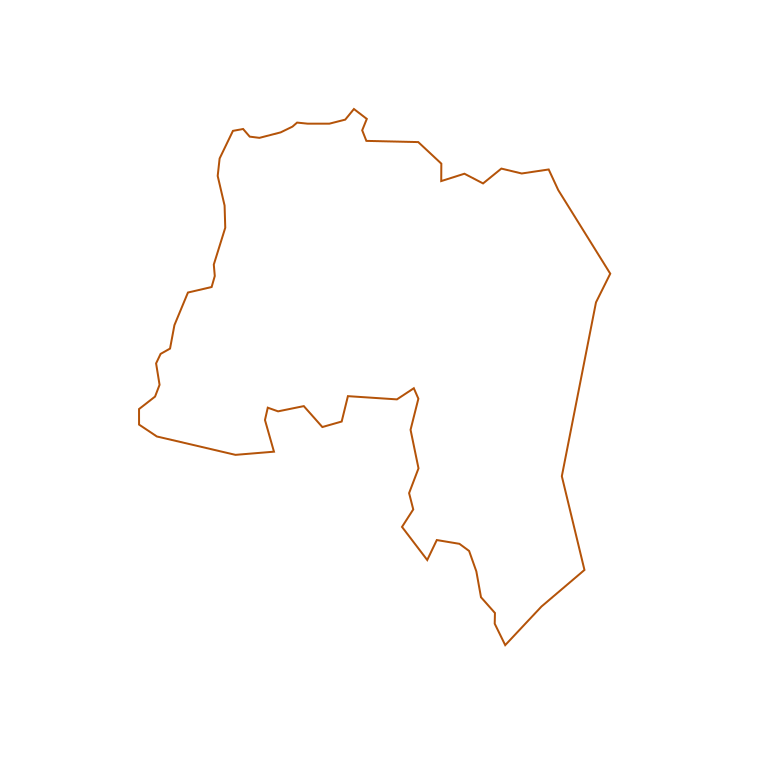 Pakhtachi, Samarkand, Uzbekistan, rotated 255°
{"feature_id": "79887680B26985573212547", "entity_name": "Pakhtachi", "entity_type": "district", "adm_level": 2, "iso_a3": "UZB", "parent_name": "Uzbekistan", "parent_adm1": "Samarkand", "projection": "mercator", "projection_center": [65.552, 39.873], "detail": "fine", "context": "isolated", "style": "outline", "palette": "amber", "viewbox_px": 768, "rotation_deg": 255, "n_neighbors": 0, "source": "geoboundaries", "source_scale": "gbopen_adm2", "svg_char_len": 1030}
<svg xmlns="http://www.w3.org/2000/svg" viewBox="0 0 768 768"><g transform="rotate(255 384 384)"><path d="M657.4,426.1L649.4,415.0L649.6,398.6L655.2,377.7L659.0,367.7L656.3,362.2L653.8,349.3L654.0,327.4L657.7,318.3L666.8,313.9L667.6,303.6L644.4,283.6L628.0,277.2L597.6,276.2L576.0,271.1L543.4,250.5L532.1,248.5L522.3,242.6L523.1,218.3L495.1,196.8L473.6,186.5L470.9,176.0L462.9,169.2L441.3,167.0L431.1,159.6L423.2,140.9L408.2,136.9L392.1,151.0L354.0,222.2L347.1,260.2L380.0,259.7L391.2,265.6L385.0,274.6L383.4,300.8L358.4,313.3L358.7,333.4L381.6,346.0L365.8,392.5L372.2,411.7L360.9,413.4L332.9,397.8L293.6,395.5L272.1,380.0L255.3,379.8L241.3,364.4L202.8,380.2L219.6,394.6L210.1,415.5L200.7,423.0L179.1,424.7L152.9,422.5L134.1,431.9L123.8,428.9L100.4,433.5L128.3,478.5L152.5,529.5L248.9,531.9L408.0,609.9L432.0,631.1L526.2,602.5L548.6,598.6L551.7,571.5L561.7,553.1L552.1,531.6L566.3,516.1L565.2,491.8L582.0,496.4L608.8,479.7L623.4,429.9L634.7,428.6L644.5,436.0L657.4,426.1Z" fill="none" stroke="#b45309" stroke-width="2"/></g></svg>